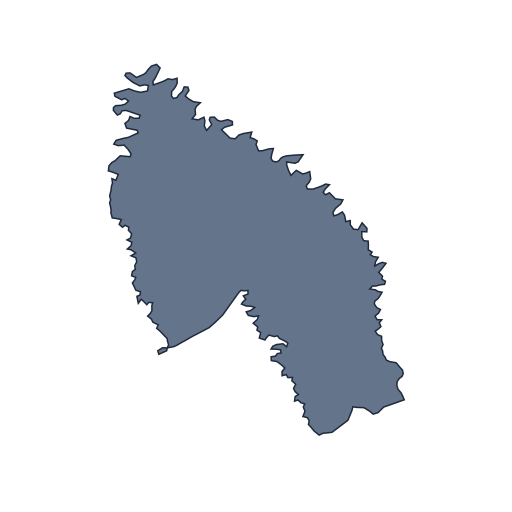 outline of Iretama, Paraná, Brazil, rotated 289°
{"feature_id": "56859067B93309478816761", "entity_name": "Iretama", "entity_type": "district", "adm_level": 2, "iso_a3": "BRA", "parent_name": "Brazil", "parent_adm1": "Paraná", "projection": "equal_earth", "projection_center": [-52.101, -24.358], "detail": "fine", "context": "isolated", "style": "filled", "palette": "slate", "viewbox_px": 512, "rotation_deg": 289, "n_neighbors": 0, "source": "geoboundaries", "source_scale": "gbopen_adm2", "svg_char_len": 4855}
<svg xmlns="http://www.w3.org/2000/svg" viewBox="0 0 512 512"><g transform="rotate(289 256 256)"><path d="M282.2,94.6L278.1,96.6L275.2,96.6L270.5,97.6L265.3,98.0L261.7,100.3L258.5,100.3L255.4,102.3L252.5,103.9L249.7,104.7L245.2,107.7L246.0,111.9L246.6,116.8L241.4,116.3L239.7,120.4L242.4,122.2L241.9,126.3L238.8,127.0L236.6,131.1L232.1,131.5L229.2,128.8L228.6,134.1L225.2,134.5L220.7,132.1L221.2,135.9L219.6,141.3L215.5,137.7L215.2,143.1L211.6,145.1L207.5,144.5L204.1,146.2L201.0,144.2L196.8,144.8L196.6,149.2L194.1,149.2L190.3,147.9L184.5,153.6L184.6,158.4L181.3,159.0L179.1,156.5L173.0,160.1L177.7,161.6L176.4,164.7L174.4,168.6L177.2,169.7L178.2,173.5L175.0,173.7L170.5,175.4L167.5,174.8L163.9,173.1L162.2,177.7L159.8,180.1L159.1,186.0L155.3,185.6L153.7,189.7L152.2,192.7L150.6,195.7L149.1,198.8L146.6,200.1L143.5,202.3L140.2,202.0L143.6,207.8L146.2,210.6L149.1,213.0L153.9,217.4L158.4,221.2L173.0,235.0L179.1,238.5L189.3,243.7L215.5,251.5L218.6,253.0L219.3,256.4L220.8,259.6L217.5,260.8L214.2,257.0L211.7,260.4L208.3,258.5L205.8,257.9L205.5,262.8L206.9,268.0L206.9,271.5L202.8,268.8L200.0,264.9L197.3,268.1L198.0,273.8L200.2,277.9L196.4,277.9L191.5,275.2L189.5,280.7L186.1,281.1L185.1,285.4L182.4,285.6L179.5,285.8L179.5,291.8L182.2,292.5L185.4,293.9L185.8,299.6L187.5,302.2L185.7,305.0L185.0,311.0L184.0,314.5L180.2,314.5L181.8,310.1L178.9,304.1L176.2,301.3L172.9,300.5L174.4,305.2L175.3,309.7L172.5,311.3L170.7,308.0L167.6,306.9L165.7,303.1L162.1,304.5L163.0,310.2L161.5,315.0L159.5,319.7L155.2,318.2L151.3,319.7L153.7,323.3L151.4,325.7L153.0,330.1L149.7,330.5L147.7,335.3L143.0,334.6L140.4,337.2L138.9,341.2L135.9,338.8L131.3,339.7L133.5,342.5L131.9,346.3L132.0,350.2L128.6,349.9L125.1,352.9L119.5,352.6L119.9,357.2L117.4,360.0L113.8,360.4L112.1,363.6L109.5,367.8L107.2,374.0L110.4,377.3L111.9,380.9L114.1,385.3L130.6,396.4L141.4,397.0L144.9,396.6L145.5,400.0L146.5,403.3L147.7,407.5L146.2,414.3L144.6,418.2L147.6,422.4L154.7,425.9L168.3,443.0L171.0,440.6L173.8,437.8L176.3,433.6L179.3,431.4L183.3,430.3L187.0,431.5L189.7,433.3L192.7,433.5L195.8,431.7L197.7,428.2L200.7,423.3L199.7,417.1L200.0,413.1L202.5,410.9L204.2,408.2L207.5,406.6L209.6,404.6L213.6,405.0L216.8,402.4L221.0,400.9L221.2,396.7L223.7,393.2L226.8,395.4L229.9,397.1L233.0,394.3L236.6,395.6L235.2,391.2L238.0,388.1L241.7,390.4L245.9,391.1L246.5,387.0L249.1,383.5L252.0,383.0L255.3,385.2L258.8,386.2L262.8,387.0L262.2,383.0L262.9,379.7L261.8,374.3L265.4,375.8L266.7,379.2L269.3,383.0L271.1,386.8L274.3,386.6L275.0,382.6L278.1,382.2L280.5,377.4L285.6,379.4L291.4,381.3L291.1,377.5L288.6,374.5L285.2,371.5L289.5,370.9L294.6,372.0L293.7,367.2L294.5,363.6L297.5,364.5L298.5,360.1L303.0,358.7L306.6,357.2L305.5,352.9L308.2,350.0L313.5,348.0L314.9,352.9L318.3,351.9L321.9,345.5L314.2,344.0L313.1,339.5L316.2,335.0L320.2,333.5L317.7,329.7L320.6,328.1L323.4,326.4L325.8,323.3L321.6,319.7L319.3,316.5L322.1,314.6L326.8,315.6L332.9,319.2L337.4,319.9L335.9,312.4L339.7,304.8L336.5,301.8L338.1,298.8L342.0,299.7L347.3,302.2L346.7,298.4L343.6,295.4L340.8,292.0L337.7,287.9L336.1,282.8L338.7,280.6L343.1,282.3L346.8,282.6L353.3,279.3L350.7,276.4L348.8,273.4L350.1,266.2L343.6,262.8L347.5,258.9L351.9,255.5L354.9,254.4L355.6,258.3L356.4,262.7L358.8,265.2L367.1,267.5L364.2,260.2L360.8,252.6L358.6,249.3L356.3,247.5L353.5,246.7L351.4,244.3L351.2,240.6L353.4,238.4L356.9,237.8L363.3,237.4L361.4,233.2L357.4,227.4L356.3,224.2L361.4,219.7L365.2,219.7L366.1,215.9L366.0,211.9L371.8,211.7L367.7,204.2L364.8,200.4L360.1,198.2L359.0,193.1L364.2,182.2L367.5,184.4L372.3,191.1L375.5,189.8L375.8,185.0L371.9,179.0L371.8,175.5L373.8,171.4L372.2,167.5L369.6,167.5L365.7,171.4L358.7,168.4L362.0,164.8L367.1,163.7L370.3,161.6L365.9,157.1L364.9,150.9L370.0,152.8L375.0,150.6L378.0,150.9L382.8,153.5L381.5,146.5L382.6,141.1L384.3,137.0L390.7,138.7L393.5,136.6L392.5,133.0L387.9,132.9L383.2,130.5L380.0,129.6L378.1,126.6L379.7,124.0L384.2,122.7L387.0,124.0L390.4,124.9L393.7,125.2L398.4,123.5L395.6,119.6L394.9,115.1L392.5,113.0L390.2,110.6L384.3,103.2L387.5,101.7L390.7,102.7L398.0,103.6L402.6,104.1L404.8,99.6L401.6,95.3L397.4,93.4L393.5,92.2L391.1,90.6L385.9,84.8L388.1,77.4L386.6,73.7L384.0,73.3L382.3,76.5L380.1,83.1L379.0,90.8L381.6,95.0L382.2,98.7L376.7,99.7L373.2,93.6L372.5,87.4L372.7,81.4L363.8,69.0L361.1,70.6L360.0,78.1L362.3,80.9L361.0,85.1L356.9,82.8L354.5,79.3L352.5,74.4L350.0,72.9L347.3,73.7L344.1,79.0L346.2,81.3L349.7,82.1L351.3,85.7L351.4,100.6L348.3,100.6L346.5,96.1L346.9,91.5L342.7,91.4L338.6,88.9L334.8,92.0L336.2,102.8L333.9,104.4L331.4,101.7L326.7,96.8L324.3,92.7L319.9,86.1L315.5,85.1L315.5,89.8L317.9,95.3L315.2,100.3L311.8,104.7L308.9,104.6L307.9,100.5L306.5,95.0L300.2,91.7L297.4,89.2L293.4,87.6L288.4,88.7L288.6,92.6L288.3,99.2L282.0,98.9L282.2,94.6ZM140.2,202.0L138.8,197.5L134.4,194.0L131.4,196.1L137.3,202.4L140.2,202.0Z" fill="#64748b" stroke="#1e293b" stroke-width="1.5"/></g></svg>